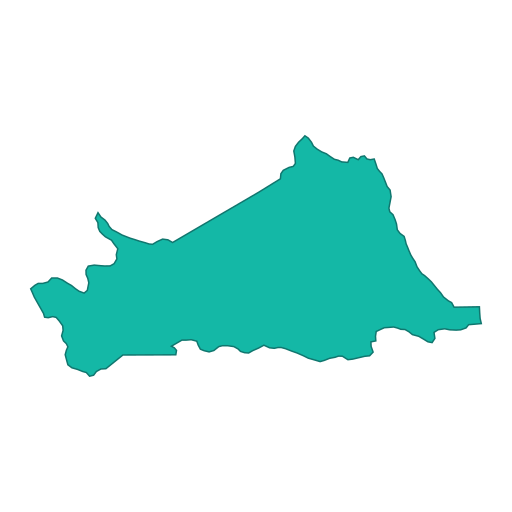 Lafaiete Coutinho, Bahia, Brazil (orthographic projection)
{"feature_id": "56859067B55716819349441", "entity_name": "Lafaiete Coutinho", "entity_type": "district", "adm_level": 2, "iso_a3": "BRA", "parent_name": "Brazil", "parent_adm1": "Bahia", "projection": "orthographic", "projection_center": [-40.301, -13.623], "detail": "fine", "context": "isolated", "style": "filled", "palette": "teal", "viewbox_px": 512, "rotation_deg": 0, "n_neighbors": 0, "source": "geoboundaries", "source_scale": "gbopen_adm2", "svg_char_len": 2887}
<svg xmlns="http://www.w3.org/2000/svg" viewBox="0 0 512 512"><path d="M326.4,153.8L321.7,151.9L317.1,149.1L313.4,146.1L311.5,142.3L308.3,138.1L304.9,135.8L302.4,138.6L298.6,142.2L295.4,146.4L293.8,151.0L294.9,157.1L295.4,163.4L293.3,166.4L289.1,167.4L283.3,170.3L280.9,173.7L280.4,178.8L258.9,192.1L172.6,242.5L167.9,239.8L162.6,239.1L157.1,241.6L152.6,244.3L149.1,244.0L145.1,242.7L139.3,241.1L134.8,239.6L130.2,238.2L126.6,236.8L122.0,235.0L118.5,233.0L115.5,231.4L111.9,229.6L109.1,226.4L107.7,223.5L105.0,220.1L100.9,217.0L98.0,212.7L95.3,218.3L97.9,222.6L98.2,227.6L99.8,231.4L102.3,234.0L105.4,236.8L111.5,240.2L113.8,243.6L117.8,248.7L116.3,254.7L116.9,258.9L114.1,263.7L110.2,265.9L104.7,266.0L100.5,265.7L94.2,265.1L88.3,266.1L86.0,270.2L86.1,274.5L87.8,278.4L88.8,282.8L87.3,290.4L84.1,293.1L79.0,291.2L75.4,288.7L71.5,285.5L67.4,283.2L62.5,280.0L57.4,278.0L51.7,278.0L48.0,282.0L42.8,283.4L38.2,283.4L34.9,285.3L30.7,288.8L32.3,292.4L34.3,297.1L36.4,300.8L39.1,305.6L41.7,310.2L43.5,313.4L44.6,317.2L48.2,317.7L52.7,316.6L56.2,317.4L59.2,320.9L62.7,325.8L63.1,330.4L61.6,335.9L63.5,340.9L66.3,343.6L67.9,346.8L66.4,350.2L65.2,354.7L66.9,361.2L67.9,364.8L71.9,367.8L77.5,369.4L82.7,371.5L86.3,372.5L89.6,376.2L93.6,375.2L96.4,371.5L100.9,369.0L105.9,368.7L122.9,355.0L175.8,354.8L176.5,350.4L174.3,347.8L171.4,346.2L181.9,340.1L186.3,340.1L191.2,339.7L196.8,341.2L198.2,345.1L200.4,349.2L204.1,350.7L209.1,351.9L213.9,350.5L218.8,346.6L222.4,345.7L227.6,345.7L233.9,346.6L238.0,348.9L240.5,351.4L244.6,352.7L248.6,353.0L252.8,350.6L258.7,348.0L263.9,345.2L269.6,347.8L274.3,348.3L278.0,347.5L281.2,347.5L285.6,348.7L291.7,351.1L297.1,353.0L303.3,355.7L308.3,358.2L313.0,359.5L320.1,361.6L324.3,360.4L329.6,358.3L335.0,357.3L338.5,356.1L342.4,356.2L347.9,359.7L352.8,359.1L357.0,358.1L364.7,356.3L369.6,355.8L373.1,352.1L371.1,346.4L370.9,341.9L375.8,340.9L375.5,336.3L376.2,331.5L380.8,329.3L384.4,327.7L387.6,327.5L393.7,327.0L397.7,328.1L400.8,329.3L405.0,329.5L409.0,331.8L412.4,334.6L418.7,336.3L423.5,339.1L427.9,341.8L432.1,342.6L434.9,338.4L434.0,332.4L438.2,329.7L444.7,328.8L449.7,329.8L456.2,330.1L460.7,329.8L466.1,327.9L468.6,324.7L481.3,323.6L480.1,318.4L479.7,312.8L479.4,306.8L454.1,307.2L451.6,302.6L448.3,300.8L443.5,297.0L440.5,292.7L437.2,289.1L433.9,285.0L431.4,281.9L428.3,278.9L424.6,275.6L421.9,273.8L419.7,270.9L417.0,266.8L415.1,261.8L412.7,258.2L410.8,255.0L408.9,250.6L407.4,246.8L406.1,243.8L405.4,240.6L404.1,236.4L400.0,233.4L397.3,229.8L396.5,224.0L395.1,219.7L393.0,214.7L389.8,211.8L388.9,208.2L389.9,203.0L391.1,196.7L390.1,190.1L387.1,186.5L385.7,182.8L383.6,177.5L382.0,173.9L379.6,171.4L377.3,168.5L375.9,164.0L374.2,159.0L370.3,159.7L367.0,159.0L364.4,155.9L360.9,156.6L358.2,159.7L353.3,157.3L349.8,158.0L347.8,162.4L341.7,161.9L338.1,160.2L334.4,159.3L330.0,156.4L326.4,153.8Z" fill="#14b8a6" stroke="#0f766e" stroke-width="1.5"/></svg>